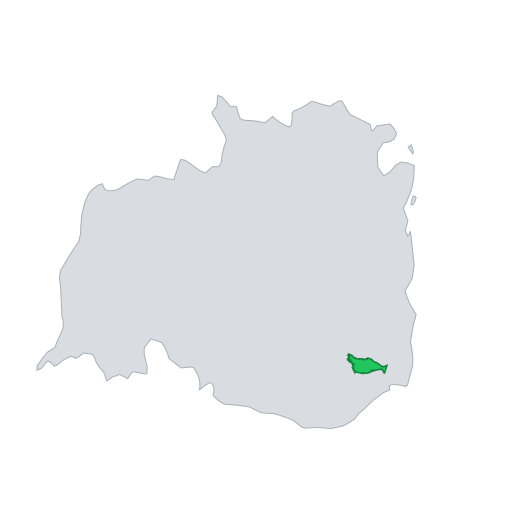 location of Mongkol Borei, Bântéay Méanchey, Cambodia, rotated 197°
{"feature_id": "14789045B79139506572883", "entity_name": "Mongkol Borei", "entity_type": "district", "adm_level": 2, "iso_a3": "KHM", "parent_name": "Cambodia", "parent_adm1": "Bântéay Méanchey", "projection": "natural_earth1", "projection_center": [103.095, 13.468], "detail": "fine", "context": "in_parent", "style": "filled", "palette": "green", "viewbox_px": 512, "rotation_deg": 197, "n_neighbors": 0, "source": "geoboundaries", "source_scale": "gbopen_adm2", "svg_char_len": 6933}
<svg xmlns="http://www.w3.org/2000/svg" viewBox="0 0 512 512"><g transform="rotate(197 256 256)"><path d="M432.1,82.6L433.2,87.1L430.4,95.5L427.3,103.1L421.6,109.8L421.3,114.7L419.4,129.4L420.2,134.0L421.5,138.0L423.4,140.2L428.5,154.5L433.2,167.5L437.7,178.2L438.6,185.0L434.5,202.2L429.7,217.9L430.2,225.8L432.3,233.6L434.6,244.1L435.4,257.5L434.3,266.3L432.1,271.7L428.0,277.3L424.3,280.1L419.9,275.4L416.5,275.2L411.8,276.6L408.1,278.8L400.7,286.9L392.4,294.9L380.9,296.9L376.5,302.8L371.7,303.6L362.6,303.9L356.7,305.3L356.9,308.3L356.5,322.3L356.6,325.5L355.7,326.4L351.6,326.8L344.6,324.7L335.2,321.2L328.5,320.7L325.0,326.8L323.0,329.2L320.5,329.5L317.8,330.6L316.9,333.3L316.7,336.7L318.0,342.5L318.5,351.8L318.2,358.1L320.7,362.1L335.1,375.5L339.4,378.9L339.9,380.9L337.4,388.2L339.6,398.4L335.1,398.2L327.6,393.8L324.0,391.1L319.6,393.3L318.1,392.9L315.1,387.8L311.3,382.7L307.3,382.3L298.9,384.4L290.3,385.8L287.1,385.8L285.7,386.7L280.8,394.4L278.7,393.0L270.0,390.1L262.1,389.0L260.5,391.0L261.5,397.3L263.2,403.4L262.2,405.9L257.9,409.2L252.2,414.9L248.7,419.4L246.2,420.5L237.5,420.3L228.8,420.9L225.3,425.2L222.1,428.5L219.3,429.4L207.9,418.9L185.3,415.2L182.9,410.6L180.7,409.7L178.7,415.7L166.3,421.5L161.1,418.0L157.3,413.8L157.9,408.6L161.4,404.4L167.6,401.3L170.4,390.7L165.7,377.1L161.6,373.2L157.3,370.0L152.7,375.1L148.9,383.7L144.9,388.2L139.3,389.2L131.0,388.8L127.8,375.9L126.7,364.8L127.8,352.2L129.1,344.7L121.1,334.3L120.7,324.5L116.9,319.4L115.7,322.0L115.8,324.8L114.7,322.8L102.2,293.9L100.1,280.5L102.2,270.2L103.5,266.7L99.9,261.3L94.8,255.1L85.8,247.0L85.2,234.2L83.2,219.2L80.5,214.1L76.4,204.8L74.2,197.1L73.4,176.8L74.6,175.1L81.0,174.5L89.1,173.1L90.4,169.8L89.0,167.1L94.2,162.5L101.7,152.4L107.5,141.8L111.7,135.2L114.2,128.5L122.6,119.2L134.2,112.7L142.1,111.2L150.3,109.0L158.1,105.9L161.9,105.6L171.6,109.4L176.9,110.3L182.4,110.3L188.2,110.7L193.2,110.3L205.1,107.6L217.8,109.7L229.1,108.1L243.2,105.0L250.1,106.9L256.3,110.0L257.2,116.2L258.7,119.0L260.8,121.2L263.6,121.2L267.1,116.9L270.1,112.4L271.1,111.6L271.2,113.8L272.7,118.6L275.4,123.4L278.1,126.5L282.6,130.7L285.6,130.9L295.1,127.0L309.5,132.7L311.2,135.6L315.9,141.5L320.9,145.7L332.1,146.0L336.1,135.6L334.2,129.3L327.7,118.3L326.0,111.9L328.0,110.7L338.8,109.5L340.6,108.2L342.9,101.1L345.9,101.9L351.9,102.8L358.2,98.0L361.9,92.9L364.0,95.2L366.3,98.8L368.7,100.9L373.3,103.9L378.3,108.3L381.5,112.5L384.0,114.2L390.4,113.0L392.2,113.1L395.9,108.0L398.5,105.2L400.7,106.0L403.9,105.9L410.6,99.4L414.4,93.4L416.5,91.7L422.5,94.7L424.9,94.1L428.4,85.9L432.1,82.6ZM123.5,358.9L122.3,359.6L121.1,359.6L119.9,358.4L120.1,353.8L120.9,350.9L123.0,350.4L123.5,358.9ZM142.4,404.6L139.9,407.7L135.8,401.3L135.9,399.5L142.4,404.6Z" fill="#d9dde1" stroke="#a8b0b8" stroke-width="1"/><path d="M138.1,189.3L138.0,189.2L138.3,189.1L138.0,188.9L138.3,188.7L138.7,188.3L138.4,188.3L138.0,188.4L137.7,188.3L137.9,188.2L138.2,187.9L138.3,187.8L137.9,187.8L137.9,187.2L137.7,187.0L137.7,187.3L137.5,187.7L137.3,187.7L137.3,187.2L137.2,187.0L137.0,186.8L137.0,186.7L136.9,186.6L137.0,186.4L137.1,186.5L137.5,186.5L137.8,186.7L137.7,186.4L137.5,186.2L137.5,185.9L137.6,186.1L137.8,186.1L137.9,185.7L137.8,185.4L138.0,185.4L138.4,185.4L138.5,185.4L138.3,185.3L138.3,185.1L138.2,184.9L138.2,184.7L138.3,184.5L138.4,184.1L138.0,184.0L137.8,184.1L137.7,184.1L138.0,183.7L137.9,183.5L137.5,183.9L137.4,183.5L137.3,183.4L137.2,183.5L137.0,183.9L137.0,183.7L136.9,183.6L136.8,183.8L136.7,183.9L136.7,183.7L136.6,183.4L136.5,183.7L136.1,183.9L136.3,183.5L136.3,183.4L136.1,183.5L135.9,183.6L136.0,183.4L135.9,183.4L135.7,183.5L135.7,183.4L135.8,183.1L135.6,182.8L135.5,183.3L135.4,183.4L135.4,182.9L135.3,182.7L135.2,182.8L135.3,182.9L135.2,183.0L135.3,183.1L135.2,183.2L134.9,183.2L134.7,183.1L134.9,182.8L134.9,182.6L135.0,182.5L135.0,182.4L134.9,182.5L134.8,182.3L134.6,182.3L134.7,182.5L134.5,182.4L134.4,182.3L134.4,182.6L134.0,182.8L134.0,182.6L133.9,182.6L133.9,182.2L133.8,182.4L133.7,182.3L133.5,182.0L133.6,181.9L133.4,181.8L133.0,182.0L132.8,181.8L132.8,181.6L132.7,181.5L132.4,181.6L132.2,181.6L132.2,181.3L132.2,181.2L132.0,181.3L131.8,181.3L131.7,180.8L131.6,181.0L131.4,181.1L131.5,180.9L131.4,180.7L131.5,180.5L131.4,180.4L131.2,180.5L131.0,180.4L131.2,180.2L130.9,180.2L130.9,179.9L131.1,179.8L131.1,179.7L130.9,179.6L130.7,179.7L131.0,179.4L130.8,179.2L130.6,179.0L130.6,178.9L130.7,178.4L130.3,178.2L130.2,178.1L130.3,177.9L130.6,178.2L130.5,177.9L130.8,177.6L130.5,177.6L130.4,177.5L130.5,177.3L130.8,177.2L130.7,177.0L130.4,177.1L130.2,177.0L130.1,176.9L130.4,176.8L130.5,176.6L130.4,176.7L130.1,176.3L130.0,176.5L129.8,176.4L129.8,176.7L129.7,176.7L129.6,176.4L129.5,176.2L129.4,176.2L129.5,175.9L129.4,175.8L129.2,175.9L129.2,175.7L129.3,175.6L129.1,175.4L128.9,175.4L129.0,175.2L128.7,175.1L128.7,174.6L128.7,174.4L128.6,174.6L128.5,174.8L128.4,174.8L128.4,174.6L128.3,174.4L128.2,174.4L128.1,174.5L127.9,174.7L128.0,174.4L127.9,174.3L127.8,174.5L127.7,174.4L127.8,174.3L127.8,174.2L127.6,174.3L127.5,174.0L127.4,174.4L127.4,174.5L127.3,174.4L127.3,174.2L127.2,174.2L127.2,174.3L127.1,174.2L126.9,174.2L126.9,174.4L126.9,174.1L126.6,174.0L126.4,174.2L126.4,174.3L126.2,174.2L126.3,174.1L126.2,174.0L125.9,174.2L125.9,174.3L125.5,174.4L119.3,174.8L119.5,175.7L116.4,176.0L116.0,176.2L115.8,176.3L115.7,176.4L115.3,176.7L114.4,177.3L114.2,177.3L113.8,177.3L113.6,177.7L113.4,177.9L113.0,178.5L112.9,178.5L112.7,178.6L112.6,178.8L112.4,178.8L112.5,179.0L112.3,179.2L112.4,179.4L112.4,179.6L112.2,179.7L112.1,179.9L112.0,180.0L111.9,180.0L111.8,180.3L111.9,180.5L111.3,180.5L111.2,180.6L110.9,180.6L110.7,180.3L110.6,180.5L110.4,180.6L110.2,180.4L110.1,180.8L110.1,181.1L108.6,181.3L108.2,181.9L107.3,182.2L104.7,183.7L104.2,183.7L103.7,183.9L103.5,184.0L103.3,184.0L103.1,184.2L102.9,184.3L102.7,184.3L102.3,184.6L102.2,184.6L101.8,184.3L101.4,183.8L100.6,182.9L99.9,182.2L99.4,181.7L98.8,181.7L98.8,189.7L99.8,188.8L100.3,188.5L100.7,188.1L101.6,187.6L102.2,187.5L102.8,187.1L110.0,189.5L110.8,189.1L115.0,190.5L114.9,190.8L115.1,190.9L119.3,191.2L119.5,190.0L119.6,189.8L119.6,189.7L119.8,189.6L120.2,189.7L120.2,189.9L120.3,190.0L120.6,190.0L120.7,189.9L120.7,189.7L121.0,189.5L121.2,189.4L121.5,189.0L121.5,188.7L121.8,188.6L122.4,188.5L122.5,188.4L122.9,188.2L123.1,188.4L123.3,188.5L123.4,188.8L123.5,188.7L124.5,188.7L124.9,188.6L125.2,188.4L125.3,188.4L125.7,188.3L125.7,188.2L125.9,188.1L126.3,188.3L126.5,188.2L126.8,188.2L127.0,188.0L127.1,187.6L127.5,187.8L127.7,187.7L128.1,187.5L128.1,187.3L128.2,187.2L128.3,187.2L128.4,187.3L128.9,187.2L129.0,187.1L129.3,187.1L130.6,187.1L130.8,187.2L130.9,187.5L131.1,187.6L131.1,187.8L131.3,187.8L131.5,187.5L131.9,187.1L132.1,187.2L132.3,187.2L132.6,187.2L132.7,187.3L132.8,187.3L133.0,187.4L133.2,187.6L133.3,188.0L133.6,188.2L134.1,188.6L134.5,188.6L135.0,188.7L135.3,189.0L135.7,189.1L137.5,189.3L138.1,189.3Z" fill="#22c55e" stroke="#15803d" stroke-width="1.5"/></g></svg>